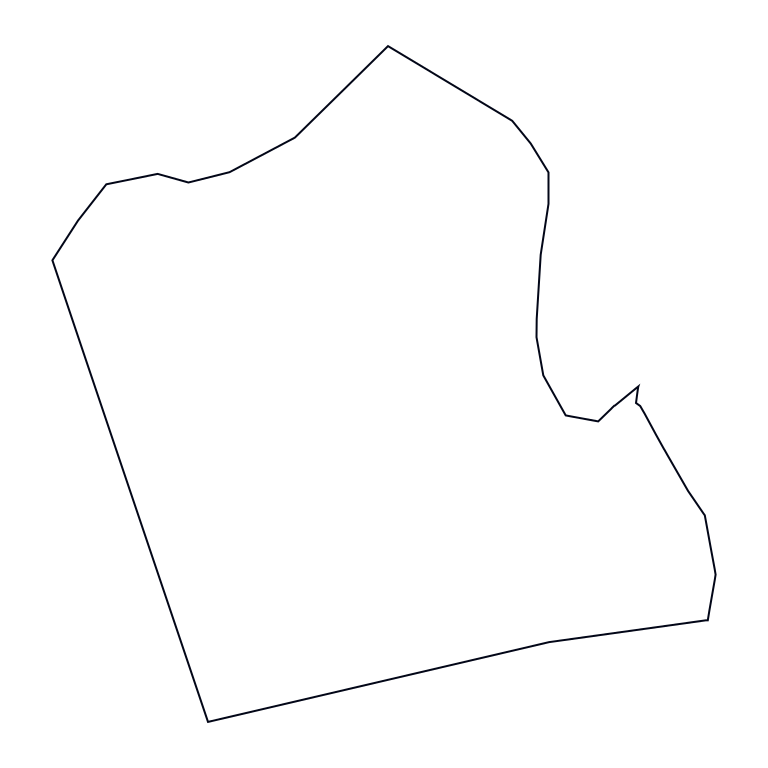 outline of Gereida, Southern Darfur, Sudan
{"feature_id": "16777658B8719376045507", "entity_name": "Gereida", "entity_type": "district", "adm_level": 2, "iso_a3": "SDN", "parent_name": "Sudan", "parent_adm1": "Southern Darfur", "projection": "equal_earth", "projection_center": [25.542, 11.151], "detail": "fine", "context": "isolated", "style": "outline", "palette": "ink", "viewbox_px": 768, "rotation_deg": 0, "n_neighbors": 0, "source": "geoboundaries", "source_scale": "gbopen_adm2", "svg_char_len": 841}
<svg xmlns="http://www.w3.org/2000/svg" viewBox="0 0 768 768"><path d="M636.9,396.1L638.2,386.8L638.3,386.5L637.3,387.3L636.5,387.9L617.6,403.4L614.9,405.6L614.3,405.7L611.9,408.0L611.4,408.6L598.2,421.4L571.4,416.5L565.7,415.4L543.3,375.4L536.5,337.2L536.7,319.0L540.7,254.7L548.5,203.9L548.5,172.4L530.7,143.5L512.2,120.8L388.0,46.1L350.2,83.3L312.3,120.5L294.9,137.6L229.5,172.2L188.4,182.5L157.6,173.9L106.3,184.3L78.0,220.6L52.4,260.3L86.4,361.4L97.1,393.1L208.0,721.9L549.2,642.1L706.0,620.3L707.8,620.3L708.9,613.6L709.4,610.5L714.8,579.7L715.6,574.6L714.8,569.8L714.8,569.7L710.4,546.0L706.6,525.1L704.8,515.3L703.7,513.8L699.6,507.8L688.1,491.0L667.4,455.0L664.3,449.5L664.1,449.3L656.1,434.9L644.6,413.6L642.9,410.7L640.5,406.5L640.2,406.0L636.0,403.0L636.6,398.5L636.9,396.1Z" fill="none" stroke="#020617" stroke-width="2"/></svg>